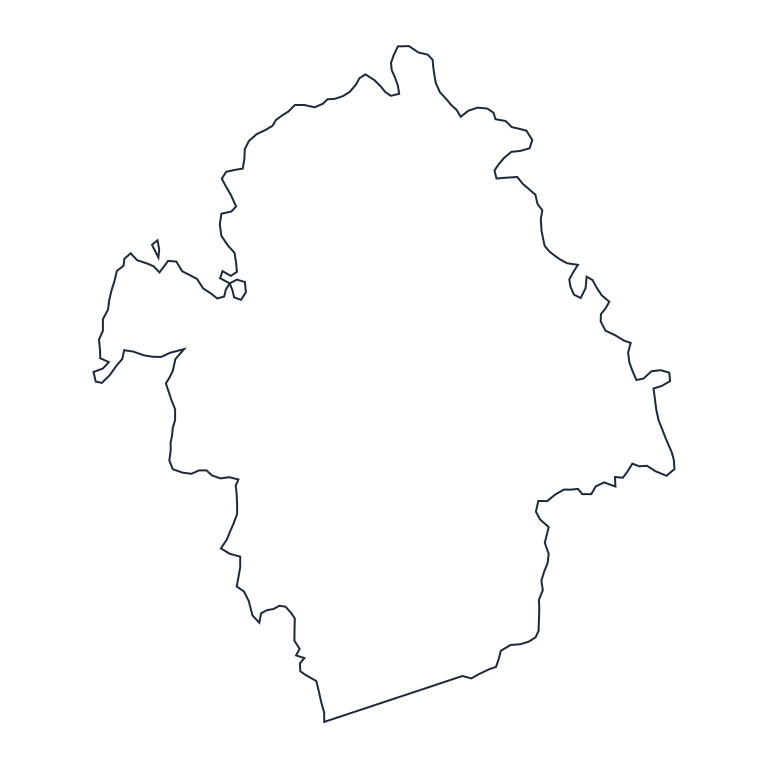 the district of Três Barras, Santa Catarina, Brazil
{"feature_id": "56859067B37392736639425", "entity_name": "Três Barras", "entity_type": "district", "adm_level": 2, "iso_a3": "BRA", "parent_name": "Brazil", "parent_adm1": "Santa Catarina", "projection": "albers", "projection_center": [-50.264, -26.169], "detail": "fine", "context": "isolated", "style": "outline", "palette": "slate", "viewbox_px": 768, "rotation_deg": 0, "n_neighbors": 0, "source": "geoboundaries", "source_scale": "gbopen_adm2", "svg_char_len": 3579}
<svg xmlns="http://www.w3.org/2000/svg" viewBox="0 0 768 768"><path d="M365.4,74.4L359.4,78.2L355.9,84.7L349.6,92.0L342.8,96.2L334.6,98.9L327.6,99.2L322.8,103.8L314.6,107.3L304.3,105.0L294.9,105.0L288.3,111.6L281.9,115.6L276.0,120.0L272.5,125.8L265.4,130.0L256.7,134.1L248.9,141.0L244.8,149.1L244.4,158.9L242.7,168.6L235.4,169.8L226.2,171.8L221.8,178.6L225.8,186.2L230.7,194.6L236.1,206.5L231.3,211.5L221.4,213.7L219.8,224.4L221.4,235.9L228.0,245.6L234.5,252.8L236.1,262.8L236.9,271.9L230.8,275.9L222.5,271.1L220.1,278.2L229.7,283.4L225.8,289.6L224.2,296.5L217.3,298.5L210.4,293.1L203.2,288.5L197.0,278.9L191.3,275.9L182.1,271.2L176.4,261.6L168.1,260.9L159.5,272.4L153.6,266.3L146.5,263.3L137.1,260.2L130.7,253.3L124.4,258.7L123.5,265.8L116.9,270.9L114.5,280.9L111.4,290.9L109.3,299.7L108.0,309.6L102.9,319.1L102.9,330.8L99.0,339.6L100.1,351.1L100.2,358.2L108.8,362.1L102.9,368.5L93.5,372.0L95.7,381.5L101.9,382.9L109.8,375.1L116.6,365.5L122.2,359.1L124.2,350.2L133.4,351.6L143.5,355.2L152.1,356.7L161.0,357.0L170.0,352.8L184.1,349.1L175.4,359.1L172.7,371.2L169.6,377.3L165.9,383.5L168.6,391.5L171.4,400.0L175.1,409.2L175.1,420.0L172.7,428.3L172.1,435.5L170.6,442.5L170.7,450.8L169.3,460.5L172.8,469.2L182.4,472.6L191.4,473.8L199.1,470.4L206.5,470.4L211.9,475.4L220.4,478.4L229.4,477.2L238.4,479.5L235.7,485.7L236.6,493.0L237.1,504.1L237.1,514.1L233.2,524.4L229.8,532.1L226.8,539.6L220.9,548.4L229.8,553.8L240.2,556.6L240.2,567.3L238.4,577.5L236.7,586.5L243.9,591.4L248.7,600.9L252.5,615.5L259.3,622.7L261.1,613.3L266.9,610.2L273.5,609.0L279.3,605.8L285.5,606.7L291.0,612.8L294.8,618.5L294.5,630.0L294.4,640.7L299.6,648.8L296.1,655.4L304.4,658.1L299.9,663.4L300.3,671.3L306.0,675.2L316.3,681.0L318.7,690.9L321.3,702.5L324.2,712.7L324.2,721.9L462.4,676.0L471.3,678.4L479.2,674.0L488.8,669.4L496.0,666.9L498.7,659.1L500.8,650.8L510.5,645.0L520.4,644.2L528.6,641.7L535.5,637.4L538.6,630.9L538.9,620.9L539.3,609.5L538.9,599.8L542.8,590.2L541.4,580.7L544.1,571.8L547.6,563.0L548.7,553.9L544.8,542.8L548.7,527.1L540.1,519.5L535.9,511.7L538.3,501.0L547.2,501.1L555.1,494.6L563.8,489.6L571.3,489.6L577.9,488.9L582.3,494.1L591.3,494.1L595.7,486.5L604.0,482.4L615.4,486.5L615.0,477.0L622.9,477.7L627.1,472.1L632.4,463.6L639.1,466.3L647.0,465.8L655.4,471.2L666.5,475.8L674.5,469.0L673.8,459.7L671.7,452.1L665.8,438.7L662.0,428.7L658.7,420.6L656.3,409.9L654.6,396.6L653.5,388.5L661.8,385.9L670.0,381.2L669.3,372.7L660.8,370.2L651.5,371.2L643.6,378.5L636.4,380.0L632.9,372.0L629.4,362.6L628.1,352.6L630.7,342.9L624.0,340.6L615.1,335.2L605.5,330.7L600.7,321.5L600.9,314.2L605.5,308.5L609.3,301.7L601.8,295.4L596.9,288.1L592.5,280.0L586.6,276.7L585.6,288.1L580.7,298.0L573.9,294.6L570.4,286.5L569.3,279.4L573.1,272.4L577.9,264.8L567.3,263.3L560.5,259.7L554.6,255.6L549.5,251.6L544.7,245.9L543.2,239.1L541.5,230.6L540.8,219.2L542.3,210.3L537.5,203.9L535.4,194.8L527.9,188.2L522.8,183.9L517.3,177.0L506.2,177.7L496.5,178.5L494.5,170.4L499.1,163.7L504.4,157.6L511.4,151.8L520.0,151.0L529.6,148.3L532.3,140.0L526.4,130.7L519.3,128.8L511.8,127.1L505.5,121.0L495.5,119.2L493.5,112.7L487.3,108.5L477.4,107.7L468.4,110.7L460.7,116.8L456.7,110.0L451.2,105.0L447.1,100.0L439.8,92.0L435.7,82.8L434.3,74.3L433.3,67.4L432.6,59.8L427.8,54.7L418.5,52.5L408.9,46.1L397.9,46.4L393.7,55.2L391.0,62.9L391.7,70.1L395.1,77.7L397.9,85.8L399.2,93.8L390.9,95.8L385.1,91.9L381.0,86.7L374.4,80.1L365.4,74.4ZM229.7,283.4L236.9,279.6L244.9,282.0L245.9,292.3L241.0,299.9L234.1,297.3L232.4,290.1L229.7,283.4ZM152.0,244.8L158.4,257.5L159.2,249.5L157.5,240.3L152.0,244.8Z" fill="none" stroke="#1e293b" stroke-width="2"/></svg>